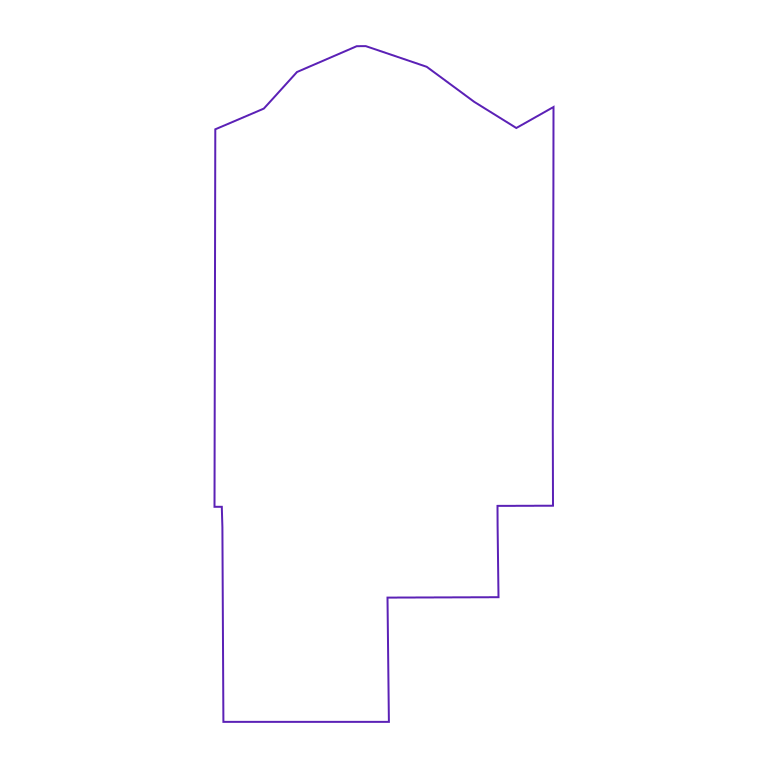 Jasper, Indiana, United States of America
{"feature_id": "52423323B69919986671378", "entity_name": "Jasper", "entity_type": "district", "adm_level": 2, "iso_a3": "USA", "parent_name": "United States of America", "parent_adm1": "Indiana", "projection": "natural_earth1", "projection_center": [-87.091, 41.011], "detail": "fine", "context": "isolated", "style": "outline", "palette": "violet", "viewbox_px": 768, "rotation_deg": 0, "n_neighbors": 0, "source": "geoboundaries", "source_scale": "gbopen_adm2", "svg_char_len": 399}
<svg xmlns="http://www.w3.org/2000/svg" viewBox="0 0 768 768"><path d="M553.5,107.0L516.3,128.0L474.3,101.9L426.7,66.8L365.7,46.1L356.7,46.2L297.0,72.0L271.1,100.6L263.8,108.6L215.3,129.3L214.5,506.8L221.8,506.8L222.4,527.3L223.4,721.9L388.9,721.9L387.5,597.6L498.5,597.2L497.6,525.6L497.5,505.9L553.0,505.7L552.8,425.9L553.4,186.2L553.5,107.0Z" fill="none" stroke="#5b21b6" stroke-width="2"/></svg>